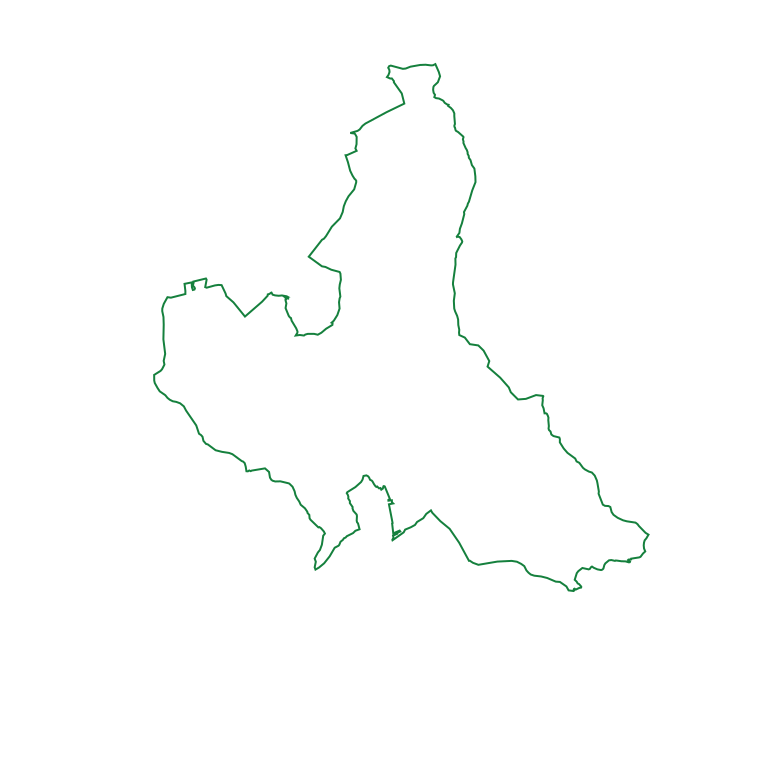 outline of Zagar, Mures, Romania, rotated 331°
{"feature_id": "2599482B67962104001540", "entity_name": "Zagar", "entity_type": "district", "adm_level": 2, "iso_a3": "ROU", "parent_name": "Romania", "parent_adm1": "Mures", "projection": "robinson", "projection_center": [24.611, 46.351], "detail": "fine", "context": "isolated", "style": "outline", "palette": "green", "viewbox_px": 768, "rotation_deg": 331, "n_neighbors": 0, "source": "geoboundaries", "source_scale": "gbopen_adm2", "svg_char_len": 6166}
<svg xmlns="http://www.w3.org/2000/svg" viewBox="0 0 768 768"><g transform="rotate(331 384 384)"><path d="M542.3,644.0L540.6,641.0L538.1,631.8L537.8,629.5L536.8,627.2L529.8,621.8L527.0,619.1L523.5,614.3L521.3,609.7L521.0,606.4L522.3,601.3L521.2,599.6L518.2,597.7L516.9,595.6L518.5,584.0L519.8,582.2L522.6,574.2L523.4,571.6L523.9,566.3L522.9,562.2L520.7,559.9L518.3,556.1L517.4,553.8L516.6,547.6L514.9,545.1L515.1,541.9L511.1,533.2L509.9,527.5L509.5,520.3L511.1,517.5L511.4,515.8L507.0,511.7L505.9,509.3L506.6,506.3L506.0,504.2L506.3,502.8L507.8,500.7L510.2,495.2L511.5,493.2L511.9,491.2L512.0,489.0L511.4,488.1L510.2,487.5L511.8,482.6L512.1,479.3L515.0,475.2L515.8,473.4L517.4,471.9L517.3,471.5L511.6,467.4L500.9,465.8L493.7,462.5L490.9,452.7L491.5,447.5L488.7,434.8L483.0,419.0L487.2,415.0L487.3,403.1L485.2,396.0L478.4,390.8L477.2,382.6L473.6,377.7L474.5,375.5L476.1,373.1L477.6,368.4L480.1,363.5L481.0,359.9L481.4,355.0L482.0,352.1L485.4,345.1L489.9,339.0L492.6,330.3L493.7,328.5L504.4,314.3L507.3,308.8L508.5,308.0L510.7,304.4L517.6,299.7L520.8,298.1L521.6,297.2L521.8,295.0L521.4,292.1L519.8,290.8L519.1,290.8L519.1,290.4L523.2,288.4L525.6,285.1L530.0,281.3L536.6,274.3L537.3,272.4L543.3,268.5L544.9,266.8L546.6,265.8L555.0,257.5L561.9,251.8L564.6,246.6L567.5,239.4L567.0,235.2L568.2,230.1L567.9,227.3L568.7,225.5L568.7,223.3L569.5,221.8L569.9,219.5L569.8,217.1L570.3,211.7L571.1,210.5L571.7,208.1L573.1,206.8L573.3,206.2L571.0,199.6L569.7,197.4L569.7,196.5L570.4,194.1L570.3,193.2L570.9,192.0L572.1,191.0L575.4,183.7L576.7,181.4L577.0,178.1L576.4,175.2L574.9,171.8L575.8,171.1L574.8,170.2L573.4,167.5L573.2,165.2L572.7,164.2L570.5,161.0L568.1,159.2L567.1,157.5L568.8,155.8L568.6,153.4L569.6,150.5L571.2,148.2L572.2,147.5L577.4,146.2L582.2,142.1L583.2,137.7L584.0,129.1L581.4,129.0L579.7,128.2L575.1,124.9L570.3,122.5L561.0,119.3L555.9,118.6L553.3,117.5L544.3,108.8L542.6,108.5L541.0,109.5L541.0,111.7L540.1,113.8L537.7,115.9L535.4,117.0L537.5,119.8L539.0,120.6L539.5,124.0L538.9,124.9L540.4,138.5L537.7,148.6L518.0,147.5L494.0,147.2L490.3,147.8L486.1,149.6L483.6,149.8L476.2,148.1L479.6,150.6L479.9,151.4L479.9,154.6L476.2,161.0L473.2,164.1L473.1,166.8L462.8,165.9L461.3,165.3L460.0,172.5L457.8,181.1L457.5,186.4L457.7,190.4L458.1,191.2L458.2,192.9L457.4,194.2L452.3,199.3L444.0,202.6L439.2,205.6L435.1,209.0L431.2,213.6L425.8,217.8L414.7,221.1L404.9,226.6L401.9,227.8L399.7,227.8L379.9,236.2L386.8,251.0L389.5,253.2L393.3,258.5L399.5,264.5L399.4,266.3L396.8,272.0L393.5,275.6L391.3,278.7L388.2,286.4L386.7,287.6L384.3,290.7L381.7,296.5L376.6,301.1L370.8,304.3L367.9,305.0L368.5,305.9L367.5,307.3L360.1,307.6L354.1,308.8L350.0,308.8L347.2,306.3L341.7,303.2L339.1,302.6L337.5,302.8L334.1,300.3L330.3,298.8L333.1,297.2L333.8,296.1L334.2,292.8L333.9,283.8L334.6,281.2L334.0,280.2L333.7,278.3L334.7,269.9L337.7,266.2L338.4,263.2L339.8,262.2L339.3,261.8L339.8,261.4L341.6,262.8L341.8,262.5L339.7,260.4L339.2,259.4L341.7,260.6L341.4,260.1L337.7,257.1L334.7,255.8L331.7,253.7L329.9,251.9L329.9,249.5L329.2,249.4L327.6,249.7L325.8,249.3L325.0,250.4L317.3,252.9L295.1,257.6L291.9,239.6L288.7,230.7L289.3,228.1L289.9,218.8L287.3,217.1L283.9,215.8L275.6,213.8L274.6,212.6L279.4,206.8L279.4,205.4L267.0,202.0L266.6,203.1L264.6,205.2L265.1,207.7L264.9,208.8L264.0,209.5L262.4,209.1L262.9,206.3L265.0,201.9L258.1,199.7L255.4,206.3L253.9,209.0L239.5,205.2L236.7,203.1L230.3,207.1L226.7,210.5L225.4,212.7L223.6,218.5L220.1,225.3L212.7,238.0L207.2,251.6L202.5,257.0L201.4,260.5L200.9,260.9L197.0,263.5L195.0,264.2L187.4,264.6L184.7,269.6L184.0,272.0L184.0,277.7L184.3,281.7L187.3,287.8L187.9,291.2L189.0,293.9L190.9,296.7L193.6,298.9L196.3,302.0L198.1,306.5L198.0,311.2L199.7,329.2L198.1,337.8L199.2,339.9L199.7,342.1L198.5,346.2L199.3,350.1L200.6,351.4L204.6,360.3L209.4,364.8L215.1,369.2L217.4,371.9L222.2,382.4L223.2,383.6L223.8,385.7L223.0,389.2L221.4,393.6L222.6,394.4L224.2,394.3L225.2,395.6L226.3,395.6L239.0,400.1L240.8,405.2L238.9,410.6L239.0,413.1L239.7,414.6L241.6,416.5L246.2,418.9L252.2,424.4L252.9,425.2L254.2,429.5L253.8,434.5L252.8,437.9L252.5,441.3L252.9,445.7L252.6,449.2L254.6,454.4L255.0,458.5L254.6,459.7L255.2,462.3L253.8,465.4L253.9,467.1L257.1,477.6L258.1,477.8L259.0,479.6L259.9,483.8L259.8,486.2L257.3,487.2L251.8,494.4L247.5,498.1L244.5,499.3L238.7,503.1L238.2,506.4L234.5,510.7L234.1,513.1L238.2,513.0L244.7,511.8L252.9,508.4L261.5,503.3L265.8,503.4L266.9,503.0L269.5,500.9L272.4,500.4L274.2,499.5L275.9,499.7L277.7,499.1L284.7,499.4L287.8,498.5L292.2,499.2L293.7,493.3L293.4,492.0L293.8,490.4L296.3,486.4L296.8,484.9L295.7,480.1L296.2,477.4L296.9,476.4L296.4,471.6L297.4,469.9L297.2,466.8L298.2,465.3L298.6,463.4L298.5,461.4L299.5,460.8L309.0,460.3L316.5,458.6L318.9,457.2L321.5,454.5L324.3,455.4L325.3,456.9L325.6,458.4L325.4,461.1L326.4,462.4L326.7,463.6L326.7,467.0L327.0,469.3L327.4,470.3L328.3,470.3L329.1,472.9L330.5,473.3L330.4,475.1L332.3,474.9L333.9,473.2L334.4,473.2L335.0,474.0L333.4,487.4L331.6,487.5L331.3,488.2L334.5,489.5L333.6,491.3L334.1,492.9L330.0,491.6L324.1,509.8L323.5,509.9L319.7,519.1L326.6,519.8L326.7,520.9L324.0,520.6L323.0,521.4L318.4,521.0L317.7,523.1L315.8,524.3L315.7,524.8L329.3,523.3L331.9,521.6L337.9,522.3L342.8,522.3L346.0,520.7L353.3,520.4L358.0,518.1L363.8,517.3L363.8,520.0L366.8,531.3L371.2,542.5L372.8,559.2L372.6,579.9L373.4,580.2L375.1,583.5L378.9,587.9L397.1,594.3L409.9,600.6L414.1,603.9L416.8,607.9L418.4,611.3L418.2,616.1L418.9,619.1L420.0,621.8L422.5,624.5L428.1,628.5L432.7,632.8L438.4,640.1L441.9,642.4L445.4,649.5L445.4,654.0L449.2,656.8L450.3,655.8L450.5,656.5L451.6,655.7L452.1,656.8L455.8,657.0L457.7,657.6L458.2,657.1L458.2,656.3L457.6,653.6L456.7,652.3L456.7,650.3L455.9,647.7L460.9,642.9L463.2,641.9L468.3,641.1L473.2,645.4L474.4,645.5L476.1,644.6L477.4,644.5L478.4,646.5L480.8,649.6L483.7,652.0L485.0,652.2L486.4,651.8L488.9,649.2L490.6,648.2L495.3,647.3L497.5,648.2L500.3,650.7L501.1,650.7L502.4,651.6L505.7,654.1L509.2,656.2L511.7,658.7L512.6,659.0L513.1,658.6L512.1,656.3L512.7,656.1L515.1,657.2L515.5,656.6L523.2,659.4L524.6,659.5L528.4,657.8L531.3,657.1L531.7,653.9L532.9,651.1L534.5,648.8L536.2,647.1L538.6,646.2L542.3,644.0Z" fill="none" stroke="#15803d" stroke-width="2"/></g></svg>